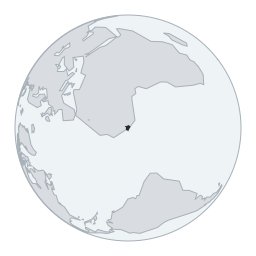 the Earth from above Southern, rotated 273°
{"feature_id": "SLE-760", "entity_name": "Southern", "entity_type": "Province", "adm_level": 1, "iso_a3": "SLE", "parent_name": "Sierra Leone", "parent_adm1": "", "projection": "orthographic", "projection_center": [-12.13, 7.714], "detail": "fine", "context": "on_globe", "style": "filled", "palette": "slate", "viewbox_px": 256, "rotation_deg": 273, "n_neighbors": 0, "source": "natural_earth", "source_scale": "10m", "svg_char_len": 9065}
<svg xmlns="http://www.w3.org/2000/svg" viewBox="0 0 256 256"><g transform="rotate(273 128 128)"><circle cx="128" cy="128" r="113" fill="#eef3f6" stroke="#a8b0b8"/><path d="M92.4,21.1L85.0,24.3L87.2,23.5L85.2,24.8L87.0,24.5L84.8,25.6L88.1,24.5L89.8,23.6L91.9,22.8L93.1,22.7L90.5,23.9L89.5,24.2L89.4,24.5L87.5,25.3L89.1,24.8L85.8,26.6L90.9,24.7L89.7,26.0L87.0,27.3L85.0,27.3L73.7,31.5L70.4,33.4L67.7,35.7L67.5,39.3L64.7,41.6L62.7,44.6L65.2,43.0L67.7,40.3L72.0,38.5L74.5,35.7L76.6,34.7L80.2,32.0L82.1,32.4L82.1,34.3L79.2,36.6L79.1,37.6L83.8,35.6L80.4,40.5L81.5,45.1L80.4,46.6L74.5,48.7L69.5,47.9L62.0,51.9L69.3,49.4L66.3,53.8L66.9,54.7L68.5,54.7L70.6,53.2L70.1,54.9L62.6,57.7L62.9,56.1L65.3,55.2L62.9,55.0L57.9,57.5L56.7,59.9L50.3,62.2L49.4,64.1L47.5,65.8L49.3,62.6L45.9,68.6L38.2,74.4L33.3,85.5L35.4,76.4L34.5,75.1L32.9,74.8L32.1,76.5L31.2,74.6L28.3,77.8L24.2,86.4L22.0,93.5L23.3,94.5L25.1,90.9L26.8,90.7L22.5,100.8L25.1,103.3L23.1,111.2L23.4,115.6L25.4,115.1L27.3,117.6L29.7,113.3L33.1,111.4L32.1,118.0L34.8,112.4L36.1,115.9L43.5,116.8L42.7,118.2L48.8,127.0L57.0,131.5L58.9,136.6L57.8,139.4L61.0,140.6L61.1,142.6L75.4,146.9L84.0,152.5L84.5,159.2L79.0,166.4L77.6,182.0L68.6,186.1L68.9,192.2L66.2,200.4L60.4,198.9L64.7,203.6L63.6,205.9L60.6,205.5L62.3,208.5L60.2,208.2L63.2,210.5L63.3,213.7L67.3,217.1L68.2,219.6L70.9,221.5L70.0,221.3L69.9,221.8L71.1,222.7L66.7,220.5L61.4,216.3L60.1,214.4L58.8,213.8L55.5,208.7L55.4,209.6L49.1,201.2L46.2,194.4L38.1,173.3L35.5,168.7L30.2,162.7L23.4,145.3L23.9,138.9L23.0,135.5L26.1,126.9L26.1,117.9L25.3,116.4L23.8,119.4L21.6,113.0L21.9,106.0L21.1,92.6L21.9,90.2L25.1,82.3L28.8,74.6L33.1,67.3L38.0,60.3L43.3,53.7L49.2,47.5L55.5,41.8L62.2,36.6L69.3,31.9L76.7,27.7L84.4,24.1L92.4,21.1ZM31.6,89.3L34.7,96.0L31.5,96.0L32.4,95.1L31.9,92.5L30.5,89.9L28.1,90.5L31.6,89.3ZM36.2,83.6L35.5,83.0L36.4,83.2L36.2,83.6ZM78.9,32.1L79.5,32.0L78.5,32.5L78.9,32.1ZM79.9,31.0L78.3,31.6L78.5,31.2L79.5,30.8L79.9,31.0ZM81.8,30.4L79.1,30.5L79.5,29.8L83.6,28.0L81.8,30.4ZM89.8,23.4L88.1,24.3L88.4,23.7L89.8,23.4ZM89.5,23.2L87.6,23.0L90.8,21.8L90.8,22.0L94.0,20.7L96.5,20.1L95.3,20.7L92.7,21.6L95.7,20.7L89.5,23.2ZM92.7,22.5L92.0,22.5L94.7,21.3L96.6,21.2L95.1,21.6L92.7,22.5ZM93.6,20.8L95.9,20.0L98.6,19.3L99.9,19.0L96.8,20.0L93.6,20.8ZM95.1,21.8L97.5,21.2L97.3,21.6L93.6,22.5L95.1,21.8ZM94.7,21.1L96.0,20.6L95.9,20.8L94.7,21.1ZM98.1,23.3L97.2,23.1L98.5,22.4L98.1,23.3ZM98.4,20.9L98.8,20.6L100.3,20.3L98.4,20.9ZM98.9,19.5L99.6,19.5L100.3,19.0L102.4,18.7L100.0,19.5L101.9,19.0L102.5,18.9L99.8,19.7L98.9,19.5ZM103.1,19.5L100.7,20.7L102.1,21.2L100.9,21.7L99.0,20.9L103.1,19.5ZM101.4,19.5L102.2,19.6L100.3,20.1L98.7,20.4L101.4,19.5ZM104.6,18.2L102.1,18.5L102.7,18.4L104.6,18.2ZM103.8,19.5L104.4,19.2L104.1,19.4L103.8,19.5ZM104.8,18.4L103.8,18.5L104.5,18.3L104.8,18.4ZM106.3,18.7L105.5,19.0L104.4,19.1L106.3,18.7ZM105.9,18.4L107.1,18.2L104.4,19.0L105.3,18.5L105.9,18.4ZM105.6,18.2L105.9,18.2L105.6,18.2ZM111.1,18.1L108.0,19.1L105.4,19.3L108.8,18.3L111.1,18.1ZM75.2,224.9L67.6,221.2L71.4,223.0L71.0,221.8L76.1,224.4L75.2,224.9ZM75.4,221.9L76.8,221.4L77.9,222.0L77.3,222.5L75.4,221.9ZM239.0,108.9L239.6,112.6L236.0,98.3L232.5,88.6L232.4,90.0L227.7,82.8L223.1,84.3L221.3,82.0L220.7,83.6L217.2,81.8L214.2,78.0L212.6,78.8L220.4,88.6L222.0,88.0L221.9,83.3L223.9,87.1L227.1,90.0L227.3,100.5L218.7,111.9L216.1,104.1L200.4,84.6L199.9,82.3L199.8,82.0L199.5,81.6L199.8,85.5L196.5,81.8L206.8,95.4L209.3,101.7L218.6,112.4L218.2,113.8L220.6,115.9L226.4,111.4L226.8,114.1L225.2,127.4L215.7,146.5L215.9,157.9L213.5,167.9L205.4,175.5L203.9,182.9L199.4,186.1L197.6,190.4L192.7,195.3L185.4,200.2L175.3,201.4L176.4,197.7L174.1,190.8L171.5,173.3L175.9,164.6L175.7,158.1L168.2,144.3L170.0,136.0L167.6,132.8L162.8,134.0L159.7,130.2L156.6,130.4L136.1,134.6L128.8,129.7L117.6,114.2L120.5,107.6L119.2,100.4L137.9,75.0L143.9,75.9L161.0,71.5L163.5,72.1L163.8,77.5L178.4,82.9L180.5,78.0L191.5,80.5L197.4,79.6L195.5,69.4L185.8,70.7L181.9,66.2L187.8,61.1L195.9,60.7L194.7,59.0L187.7,55.7L187.6,52.4L185.0,54.5L187.5,56.0L185.9,57.5L183.6,56.2L183.7,55.0L180.7,54.5L181.1,61.0L183.7,63.3L177.0,65.3L180.6,69.5L179.5,71.8L173.0,65.7L172.1,63.3L161.6,57.6L161.8,60.2L171.8,65.9L169.6,65.7L170.0,69.8L167.9,66.4L156.9,60.0L149.6,62.4L143.7,73.3L138.7,74.6L133.1,73.1L131.9,62.9L143.1,61.1L142.8,58.0L137.8,54.1L141.6,54.0L140.9,52.4L144.8,51.8L147.6,47.4L151.2,46.7L149.6,42.0L151.2,41.1L151.7,44.0L153.9,45.9L162.5,44.7L163.4,43.6L161.7,40.7L164.3,41.0L161.5,38.4L165.1,37.0L158.4,36.8L156.2,34.1L156.9,31.8L154.9,31.0L153.8,34.8L154.4,36.4L156.9,37.7L157.5,42.8L155.1,43.9L149.9,39.0L145.9,40.2L143.6,36.3L148.2,27.7L151.5,26.1L162.6,28.4L163.4,29.9L159.8,29.8L165.5,32.2L163.9,30.9L166.0,31.3L164.5,29.2L165.9,29.4L161.9,27.2L163.5,27.3L166.0,28.6L165.1,26.1L167.7,26.0L166.7,25.4L165.0,24.8L169.5,25.4L168.6,24.9L166.8,24.5L163.9,23.4L160.5,21.8L162.3,22.1L163.7,22.7L169.3,24.6L172.9,26.5L173.3,26.5L170.6,25.0L163.7,22.6L161.2,21.6L164.4,22.5L163.0,22.1L162.3,21.7L163.2,21.7L159.7,20.7L149.5,17.5L150.0,17.5L157.8,19.4L165.4,21.7L172.8,24.7L180.0,28.1L186.9,32.0L193.6,36.4L199.9,41.3L205.9,46.6L211.4,52.3L216.6,58.4L221.3,64.8L225.5,71.6L229.2,78.6L232.5,85.9L235.2,93.4L237.4,101.1L239.0,108.9ZM133.9,87.4L134.0,89.5L133.9,87.4ZM206.3,65.7L210.0,65.4L205.2,59.8L206.2,59.3L204.2,57.7L204.9,59.4L199.5,55.1L200.0,53.2L197.9,50.9L196.6,50.9L196.6,55.2L204.3,61.2L204.8,63.7L206.3,65.7ZM43.8,116.8L44.6,118.2L43.3,118.0L43.8,116.8ZM30.3,98.5L31.3,98.9L31.6,100.0L30.7,100.1L30.3,98.5ZM40.5,100.8L42.0,101.6L40.2,101.8L40.5,100.8ZM35.3,96.9L39.3,100.3L35.7,101.6L33.3,99.5L35.4,99.4L35.3,96.9ZM34.2,87.1L34.7,87.7L34.0,88.8L34.2,87.1ZM36.8,83.8L36.5,83.8L36.6,82.8L36.8,83.8ZM66.8,53.6L67.3,53.4L68.6,53.8L67.4,54.4L66.8,53.6ZM78.4,51.9L77.3,54.7L77.2,52.9L75.2,54.0L72.5,52.1L79.7,47.3L76.9,49.7L78.4,51.9ZM70.9,48.5L71.8,50.0L70.5,48.6L70.9,48.5ZM133.1,45.0L135.4,45.8L135.2,47.7L130.6,49.6L130.8,46.7L133.1,45.0ZM138.6,46.5L134.6,41.5L137.3,40.5L136.5,41.8L138.6,41.6L137.9,43.8L144.3,48.1L144.5,50.1L136.0,51.9L138.6,50.1L136.3,49.3L138.6,46.5ZM119.8,33.8L118.2,32.4L126.1,31.7L126.8,33.1L122.3,34.8L118.9,34.2L119.8,33.8ZM89.5,27.5L88.3,27.7L89.0,27.2L90.6,26.8L89.5,27.5ZM97.6,23.2L95.3,26.8L93.8,27.0L94.2,29.2L90.6,30.8L90.5,29.2L88.0,32.3L86.4,31.6L85.1,33.7L85.2,30.1L83.7,29.8L86.8,29.4L90.1,27.9L91.1,27.2L92.9,25.0L91.3,24.0L94.4,22.7L97.0,22.0L97.8,22.0L95.6,22.8L98.3,22.3L95.7,23.5L97.6,23.2ZM125.8,19.2L122.8,19.3L128.0,20.0L125.4,20.6L126.1,20.6L125.1,21.4L125.2,22.6L123.7,22.9L124.4,23.2L123.7,23.9L124.2,24.6L121.6,25.3L121.9,26.3L120.5,26.1L121.8,27.6L119.7,26.9L118.6,27.9L121.2,28.1L106.3,32.0L101.6,34.8L98.9,37.7L95.7,36.5L96.2,33.2L98.9,29.5L103.8,27.2L101.5,27.3L103.1,26.3L104.3,26.6L103.5,25.5L105.2,24.8L107.6,22.5L105.4,21.7L106.2,21.0L107.9,21.0L107.6,20.3L111.3,19.9L112.0,19.5L116.4,18.9L119.2,19.4L119.8,18.9L123.1,18.6L125.8,19.2ZM112.4,17.9L116.4,18.0L117.0,18.6L109.1,19.5L108.0,20.0L103.0,20.9L102.3,20.2L103.8,20.0L105.1,19.6L104.8,20.0L106.0,19.4L108.1,19.1L109.6,18.7L110.5,18.8L112.4,17.9ZM165.0,69.9L166.7,69.9L169.1,69.4L169.4,72.2L165.0,69.9ZM157.5,65.6L158.8,65.1L160.4,68.4L158.7,68.5L157.5,65.6ZM158.2,62.1L158.8,64.8L157.4,63.4L158.2,62.1ZM152.8,43.5L154.0,43.0L154.7,43.6L154.6,44.7L152.8,43.5ZM140.6,22.3L138.7,22.0L138.8,21.8L135.8,20.7L137.5,20.3L140.0,20.9L140.6,22.3ZM194.6,71.3L193.7,73.4L192.5,72.7L193.0,72.1L194.6,71.3ZM181.5,72.8L185.2,73.7L181.6,73.6L181.5,72.8ZM141.9,21.8L140.5,21.3L142.2,21.4L141.9,21.8ZM138.6,20.1L140.4,20.1L137.3,20.2L138.6,20.1ZM200.7,214.0L201.5,213.3L200.7,214.0ZM224.5,164.0L215.8,182.1L212.8,182.8L213.9,177.9L218.3,167.2L222.2,163.5L224.7,158.4L224.5,164.0ZM154.4,20.2L156.7,21.9L159.5,23.4L162.9,24.4L159.1,23.9L154.8,21.6L154.4,20.2ZM149.9,17.7L147.0,17.2L147.6,17.2L148.3,17.3L149.9,17.7ZM148.7,17.5L146.4,17.4L144.3,17.0L146.5,17.1L148.7,17.5ZM144.3,18.9L144.9,19.4L143.4,19.2L144.3,18.9Z" fill="#d9dde1" stroke="#a8b0b8" stroke-width="1"/><path d="M129.9,128.7L129.8,128.9L129.6,129.0L129.5,129.3L129.4,129.3L129.3,129.5L129.2,129.5L129.1,129.4L128.9,129.4L128.6,129.1L128.1,128.9L127.6,128.8L127.3,128.6L127.5,128.6L127.4,128.6L127.3,128.4L127.5,128.4L127.8,128.3L127.9,128.2L127.7,128.2L127.7,128.3L127.4,128.3L127.3,128.2L127.2,128.1L127.3,127.9L127.3,128.0L127.3,127.9L127.2,128.0L126.9,128.0L126.8,127.9L126.7,127.9L126.8,127.8L126.7,127.8L126.5,127.7L126.4,127.7L126.5,127.6L126.5,127.4L126.5,127.2L126.4,127.2L126.4,126.9L126.5,126.9L126.6,126.7L126.8,126.7L126.8,126.8L126.8,126.7L127.0,126.7L127.0,126.8L127.3,126.9L127.5,126.8L127.8,126.8L128.0,126.8L128.2,127.0L128.2,126.9L128.2,126.7L128.3,126.7L128.5,126.8L128.6,126.7L128.8,126.6L129.0,126.5L129.1,126.4L129.1,126.5L129.2,126.8L129.3,126.8L129.5,127.0L129.5,127.3L129.6,127.5L129.3,127.7L129.3,127.8L129.4,128.0L129.2,128.0L129.2,128.3L129.3,128.3L129.4,128.2L129.5,128.2L129.5,128.3L129.5,128.5L129.8,128.7L129.9,128.7ZM127.3,128.3L127.2,128.5L127.0,128.4L126.8,128.4L126.6,128.3L126.4,128.3L126.5,128.3L126.5,128.2L126.8,128.2L127.0,128.1L127.3,128.3L127.3,128.3Z" fill="#64748b" stroke="#1e293b" stroke-width="1.5"/></g></svg>